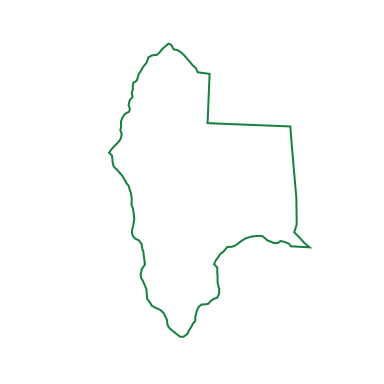 Santa Inês, Bahia, Brazil (orthographic projection), rotated 223°
{"feature_id": "56859067B23396017870292", "entity_name": "Santa Inês", "entity_type": "district", "adm_level": 2, "iso_a3": "BRA", "parent_name": "Brazil", "parent_adm1": "Bahia", "projection": "orthographic", "projection_center": [-39.849, -13.276], "detail": "fine", "context": "isolated", "style": "outline", "palette": "green", "viewbox_px": 384, "rotation_deg": 223, "n_neighbors": 0, "source": "geoboundaries", "source_scale": "gbopen_adm2", "svg_char_len": 1986}
<svg xmlns="http://www.w3.org/2000/svg" viewBox="0 0 384 384"><g transform="rotate(223 192 192)"><path d="M117.1,77.3L114.2,77.0L102.2,78.0L99.5,80.2L98.6,85.0L99.9,89.0L100.5,93.0L101.6,96.3L101.6,99.8L104.3,102.8L106.3,106.4L107.7,108.9L108.8,112.9L108.2,116.5L106.0,118.5L103.8,121.5L104.0,125.0L103.4,128.2L101.5,131.9L102.9,136.3L106.3,139.9L110.5,142.4L113.1,144.8L116.1,148.1L118.9,150.6L122.0,154.0L126.6,154.2L128.1,158.9L128.4,162.2L129.1,166.4L128.3,169.6L128.7,176.0L126.0,178.5L124.2,181.5L123.4,184.3L122.9,187.7L122.2,190.9L121.1,194.8L118.3,199.6L115.5,203.1L113.1,205.5L110.7,207.7L107.2,207.9L103.3,208.1L100.4,209.5L97.4,210.5L94.5,213.0L93.8,216.6L90.6,218.4L86.2,220.3L82.7,219.7L68.3,231.7L74.9,231.3L82.7,232.0L89.9,232.3L91.3,235.6L93.4,239.8L111.4,258.6L153.0,296.1L155.5,298.5L164.8,307.0L220.3,259.2L227.6,253.0L259.7,290.4L269.4,283.5L273.8,285.2L278.2,285.1L281.8,285.7L284.7,285.9L291.5,286.7L294.6,286.7L299.0,286.0L302.9,283.8L307.3,285.5L310.4,284.5L311.2,277.2L310.9,271.4L311.2,268.3L313.3,266.2L314.9,263.4L315.7,260.6L313.3,255.4L313.2,250.8L312.0,245.4L311.3,241.8L309.9,239.0L308.4,235.8L309.3,231.7L307.2,228.6L305.1,226.6L303.9,223.6L300.2,220.9L300.2,216.7L297.7,212.4L294.1,210.4L292.8,207.8L294.4,203.0L293.5,198.8L292.1,195.2L288.7,191.8L286.5,188.3L282.8,186.3L280.7,182.9L279.9,179.4L279.9,175.9L280.2,172.1L279.9,167.8L279.5,164.1L275.4,164.1L272.9,162.0L270.8,160.0L268.1,158.0L265.5,157.1L262.3,157.2L258.4,156.7L254.4,156.4L249.9,155.1L246.4,153.9L242.6,153.3L239.2,151.3L235.7,149.4L231.5,146.0L227.2,141.1L224.2,139.8L221.4,137.7L215.9,133.0L212.4,127.9L210.3,124.0L208.2,121.2L205.3,119.6L201.8,119.2L197.9,120.4L193.5,119.7L189.6,116.5L186.5,115.0L183.6,112.3L179.7,109.2L176.9,106.7L176.2,101.4L173.3,96.6L170.6,94.4L167.4,93.6L162.6,91.4L158.9,89.7L155.8,86.8L151.9,83.3L147.3,82.5L144.0,81.4L139.6,82.5L134.7,84.2L130.4,84.1L126.4,82.7L122.9,81.3L119.7,78.4L117.1,77.3Z" fill="none" stroke="#15803d" stroke-width="2"/></g></svg>